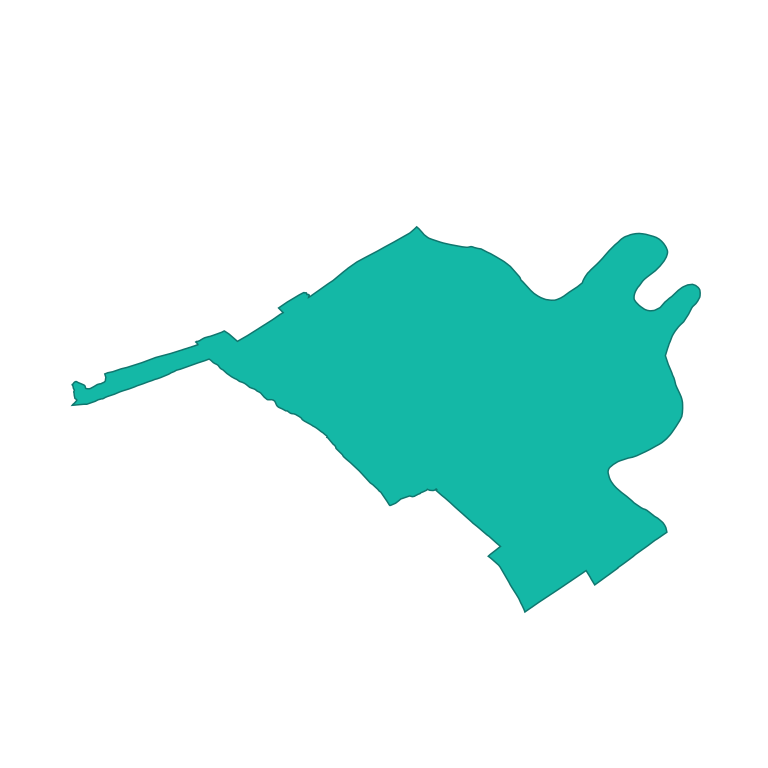 Mitoc, Botosani, Romania (Equal Earth projection), rotated 11°
{"feature_id": "2599482B74445909535632", "entity_name": "Mitoc", "entity_type": "district", "adm_level": 2, "iso_a3": "ROU", "parent_name": "Romania", "parent_adm1": "Botosani", "projection": "equal_earth", "projection_center": [26.969, 48.099], "detail": "fine", "context": "isolated", "style": "filled", "palette": "teal", "viewbox_px": 768, "rotation_deg": 11, "n_neighbors": 0, "source": "geoboundaries", "source_scale": "gbopen_adm2", "svg_char_len": 6133}
<svg xmlns="http://www.w3.org/2000/svg" viewBox="0 0 768 768"><g transform="rotate(11 384 384)"><path d="M565.8,580.9L578.0,568.4L595.8,550.9L618.0,528.6L623.0,534.0L624.7,536.1L629.2,541.0L648.7,520.1L648.5,519.8L653.3,514.8L661.5,505.8L662.8,504.1L664.1,502.6L666.4,500.2L674.0,492.2L679.7,485.8L681.7,484.0L690.0,475.5L688.1,471.2L686.5,469.1L684.5,467.1L683.3,466.3L678.3,463.5L675.1,462.4L666.1,457.8L664.0,457.2L662.4,457.1L660.1,456.4L652.2,453.0L649.6,451.3L643.5,447.9L638.0,445.2L632.6,442.1L630.8,440.9L628.7,439.3L625.8,436.6L624.3,434.8L623.0,432.8L621.0,428.6L620.6,426.8L620.7,425.3L621.0,423.9L621.7,422.6L624.5,419.2L628.4,415.6L630.4,414.3L637.9,410.1L642.0,408.4L645.8,406.2L654.3,400.0L657.5,397.5L662.7,393.1L665.4,390.9L667.8,388.7L670.0,386.1L671.8,383.8L674.7,379.1L676.0,376.4L678.7,370.2L681.3,363.5L682.5,359.1L682.4,355.3L681.8,350.9L681.1,347.5L680.5,345.0L679.3,342.1L678.2,340.0L676.3,337.2L672.1,331.5L670.5,329.1L668.6,324.9L667.3,322.5L665.6,320.2L664.3,317.9L659.3,310.5L654.8,302.5L655.6,294.9L656.0,292.2L656.2,290.2L656.8,287.6L657.7,282.3L658.3,280.3L659.7,276.6L662.1,271.8L663.7,269.3L666.3,265.7L669.6,257.5L671.6,250.6L672.2,249.2L674.8,245.6L676.1,242.8L677.4,238.6L677.4,237.1L677.0,234.3L676.1,231.5L675.1,230.3L674.0,229.3L671.1,227.8L667.8,227.3L663.2,228.8L659.2,231.5L658.0,232.6L655.0,235.9L649.8,243.2L647.8,245.3L646.0,247.7L644.1,250.0L640.8,255.8L640.1,256.6L637.9,258.3L636.1,259.7L635.0,260.3L632.4,261.1L631.2,261.4L628.6,261.5L626.1,261.1L624.9,260.7L621.5,259.2L619.2,258.0L615.9,255.7L614.0,253.9L613.2,252.6L612.9,251.1L612.7,249.7L612.8,247.4L613.2,245.1L613.9,242.9L614.7,240.8L616.0,238.6L618.2,233.8L619.5,231.7L621.7,229.0L628.8,221.0L632.5,215.5L635.5,209.7L636.9,205.5L637.2,203.1L637.3,201.2L637.0,199.7L636.6,198.7L635.0,196.2L634.0,195.0L631.8,192.8L629.3,190.9L626.5,189.3L623.3,188.2L620.2,187.7L612.6,187.1L609.5,187.2L605.9,187.5L602.7,188.3L599.7,189.4L597.3,190.5L595.7,191.6L592.9,193.2L591.6,194.2L589.4,196.4L588.5,197.6L586.8,200.1L584.2,203.3L579.6,210.1L576.4,215.6L574.9,218.3L571.9,223.1L569.8,226.2L565.3,232.4L564.1,234.4L562.7,236.4L561.0,240.3L560.3,242.4L559.7,244.5L559.4,246.8L555.4,251.6L548.2,258.6L543.8,263.4L541.1,265.8L538.0,267.9L535.8,269.1L532.0,269.9L526.7,270.2L524.1,269.8L521.5,269.3L518.3,268.3L514.0,266.5L510.1,264.1L500.4,256.9L498.6,255.8L497.2,253.6L496.0,252.5L485.6,244.5L479.7,241.5L478.2,240.8L470.2,237.9L463.7,235.7L460.3,234.9L453.6,232.9L450.2,233.0L446.6,232.8L445.0,232.5L443.2,232.5L440.2,233.8L438.5,234.1L434.8,234.4L422.6,234.5L415.6,234.3L412.2,234.0L403.7,232.9L400.2,232.3L398.7,231.7L394.9,229.8L392.8,228.1L388.7,225.0L386.1,223.5L384.2,226.2L380.5,230.9L366.1,243.2L358.3,249.6L352.3,254.7L340.8,263.9L334.1,269.4L326.4,277.4L325.8,278.2L322.6,281.9L314.2,292.2L310.2,296.1L295.4,311.6L293.4,313.4L293.4,312.6L293.7,311.6L293.7,311.2L293.4,310.8L292.9,310.6L292.3,310.6L291.3,310.9L291.0,310.4L290.8,309.8L290.5,309.5L290.0,309.3L289.1,309.7L288.3,309.5L287.7,309.6L283.9,312.6L273.3,322.1L266.0,329.5L271.4,333.2L268.7,335.6L261.9,342.6L240.9,362.4L232.0,370.1L222.3,364.5L217.2,362.4L216.9,362.5L214.6,364.3L208.4,368.0L204.1,370.5L203.0,370.9L199.4,372.7L198.1,373.6L195.7,375.7L195.0,376.5L194.4,376.8L193.8,377.3L192.5,377.9L191.8,378.0L191.2,378.7L192.5,379.5L193.4,380.2L193.8,380.9L192.7,381.5L192.8,381.6L168.9,394.7L154.9,401.5L142.2,409.3L128.5,416.8L123.2,419.2L115.4,423.7L110.6,425.7L108.8,426.9L108.0,427.4L109.7,430.6L109.7,432.2L109.9,434.0L109.2,435.4L106.6,437.3L106.2,437.7L104.7,438.2L102.7,439.2L99.6,442.0L96.8,444.3L95.7,444.9L94.3,445.2L92.5,445.3L91.9,445.1L91.0,443.2L90.4,442.6L89.5,442.2L86.9,441.6L86.4,441.5L83.3,440.9L81.7,440.3L80.5,440.6L79.5,441.7L78.5,443.7L78.1,443.9L78.0,444.2L78.3,444.6L79.1,445.4L79.9,447.5L81.2,449.0L81.3,449.5L81.0,450.3L81.0,451.0L81.6,452.4L82.1,454.2L83.3,457.0L83.5,457.2L85.2,457.9L85.5,458.3L85.5,458.8L83.8,461.8L82.5,463.4L82.0,464.4L93.4,461.1L96.1,460.6L103.8,456.1L106.3,454.1L109.5,452.5L110.7,452.2L111.7,451.5L112.9,450.4L115.0,449.0L121.4,445.4L126.1,442.2L129.2,440.4L134.8,437.4L139.6,434.5L141.9,432.9L147.5,429.7L152.0,426.9L155.9,424.7L158.2,423.2L160.3,422.2L163.7,420.2L170.9,415.4L172.9,413.6L175.8,411.7L177.6,410.1L181.3,408.3L197.3,398.8L203.8,395.2L207.0,393.2L207.6,393.0L207.9,393.0L209.4,393.7L212.4,395.6L214.1,396.2L216.1,396.7L217.3,397.2L217.9,397.6L219.5,399.1L220.5,399.9L221.4,400.3L223.3,400.9L227.7,403.6L233.0,406.0L236.4,407.1L238.6,407.6L241.6,409.0L244.7,409.4L247.1,410.0L248.9,410.8L252.8,412.9L254.9,413.3L257.7,413.7L258.9,414.1L260.7,415.1L263.6,415.9L264.5,416.3L265.1,416.7L269.0,419.8L272.2,421.5L272.7,421.6L273.5,421.5L276.8,420.8L278.5,421.0L280.0,421.7L281.1,423.1L282.3,424.9L283.0,425.7L283.9,426.4L285.2,427.0L289.0,427.9L292.4,429.0L293.0,429.1L293.9,428.8L294.3,428.9L296.9,430.2L298.1,430.6L298.9,430.7L301.5,430.5L303.5,430.9L305.0,431.5L306.1,431.8L307.6,432.4L309.4,433.3L310.4,434.4L310.9,434.7L313.2,435.7L319.6,437.7L321.2,438.3L322.2,438.8L323.7,439.2L326.1,440.1L328.6,441.3L331.5,442.8L333.3,443.5L336.1,445.1L337.8,445.9L338.1,446.2L338.2,446.8L338.1,447.3L338.6,447.3L338.9,447.4L345.8,453.0L347.2,453.6L347.6,454.0L348.5,454.9L349.2,456.4L356.0,460.9L356.8,461.5L357.6,462.5L358.1,463.0L361.2,464.9L365.9,467.5L376.4,474.1L389.4,483.7L392.3,485.0L395.3,486.9L397.9,488.5L399.7,490.0L401.5,490.8L409.4,498.6L412.3,501.7L412.9,502.1L413.6,501.9L417.7,499.1L418.4,498.5L420.6,496.0L422.4,493.7L430.5,489.0L433.3,489.2L433.9,489.0L435.5,488.3L435.9,487.8L437.5,486.6L438.4,485.8L440.1,484.8L440.6,484.3L440.6,484.1L441.0,483.6L442.8,482.5L445.7,480.4L446.3,479.8L446.6,479.1L449.2,479.6L451.9,479.3L452.8,479.1L453.6,478.7L454.5,478.0L455.2,477.1L455.8,477.4L456.0,477.5L455.9,478.3L455.6,478.6L461.9,482.3L465.7,484.3L471.4,487.6L476.8,491.0L496.0,502.4L497.8,503.6L502.5,506.0L513.9,512.5L516.0,513.4L525.0,518.8L529.3,521.2L524.6,526.7L520.8,531.0L519.2,533.2L521.5,534.3L531.1,539.9L533.0,541.6L544.6,554.9L546.3,557.1L548.3,559.3L554.2,565.5L557.2,568.8L560.4,573.3L561.5,574.6L564.5,578.7L565.8,580.9Z" fill="#14b8a6" stroke="#0f766e" stroke-width="1.5"/></g></svg>